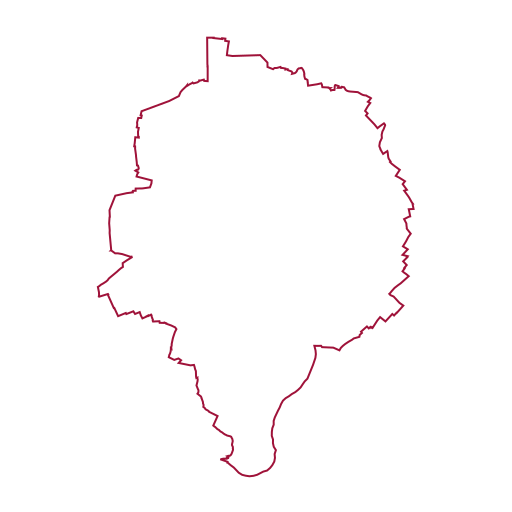 outline of Maastricht, Limburg, Netherlands, rotated 178°
{"feature_id": "6326949B62006643577312", "entity_name": "Maastricht", "entity_type": "district", "adm_level": 2, "iso_a3": "NLD", "parent_name": "Netherlands", "parent_adm1": "Limburg", "projection": "albers", "projection_center": [5.703, 50.858], "detail": "fine", "context": "isolated", "style": "outline", "palette": "rose", "viewbox_px": 512, "rotation_deg": 178, "n_neighbors": 0, "source": "geoboundaries", "source_scale": "gbopen_adm2", "svg_char_len": 6030}
<svg xmlns="http://www.w3.org/2000/svg" viewBox="0 0 512 512"><g transform="rotate(178 256 256)"><path d="M237.8,448.9L244.7,456.6L272.6,456.7L278.1,457.7L277.5,461.7L276.4,467.8L275.6,471.4L279.3,472.1L279.0,474.3L282.2,474.8L282.2,474.0L290.9,475.3L290.8,475.7L297.2,475.9L297.9,449.1L297.8,448.7L297.9,447.2L297.7,447.2L297.7,446.8L298.2,432.4L301.7,432.8L302.0,434.1L305.9,433.2L306.3,433.2L306.6,433.4L307.0,432.5L308.5,431.6L311.0,431.0L312.5,430.7L313.3,431.5L313.6,431.2L317.0,429.6L317.5,429.2L319.5,428.1L319.4,428.6L320.1,427.8L323.8,424.5L325.7,422.4L327.5,418.5L337.4,413.9L365.3,404.7L366.4,400.7L365.3,400.4L365.9,397.9L368.9,398.1L370.2,393.7L370.1,391.0L370.7,388.7L368.7,388.1L369.6,384.3L369.6,379.1L369.0,379.1L369.0,378.4L372.5,378.9L373.3,372.8L373.9,369.9L373.0,369.8L373.0,368.4L373.1,367.6L372.4,360.9L372.4,359.7L371.9,353.9L371.8,350.7L370.8,350.5L370.1,347.8L370.7,346.5L372.2,346.3L372.3,346.3L373.6,345.5L370.7,343.6L371.9,341.8L372.6,339.6L357.6,335.2L358.0,332.2L359.6,328.3L367.0,327.5L373.9,327.6L374.0,326.4L374.0,325.4L376.7,325.4L377.1,324.9L376.9,323.9L383.1,323.3L394.5,321.2L400.8,306.9L400.7,300.1L401.0,299.9L401.6,293.8L401.3,286.9L401.5,284.0L400.5,266.9L400.8,266.6L400.5,266.6L396.7,263.6L394.0,263.5L389.7,262.6L381.5,259.6L380.4,259.7L380.2,259.0L385.2,256.2L389.5,253.5L389.4,249.7L391.4,248.5L393.8,246.6L395.4,245.2L402.4,239.8L403.9,238.6L405.1,237.0L406.7,235.7L409.5,234.0L412.0,232.7L413.8,231.3L415.1,230.6L414.2,225.3L414.2,222.5L414.5,221.0L414.2,220.8L405.3,223.2L405.1,222.9L405.5,222.7L399.9,208.9L399.4,209.0L395.9,200.7L388.1,203.6L387.6,202.5L380.5,205.0L378.9,202.3L374.2,204.0L373.2,200.7L371.7,197.6L367.5,199.3L367.6,199.5L365.7,200.4L365.5,199.9L362.9,201.1L362.4,200.3L362.4,199.0L361.9,197.8L361.9,197.3L361.3,196.2L361.5,195.3L361.4,194.6L361.2,194.1L354.8,194.2L354.6,192.6L350.1,192.3L349.9,192.7L348.0,191.9L348.1,191.5L343.1,189.5L339.3,187.5L338.1,185.7L339.7,182.8L341.4,178.3L342.0,176.5L343.4,170.8L343.3,170.1L343.9,167.5L343.8,166.4L344.3,166.8L344.4,165.2L344.7,163.4L345.4,161.3L346.0,160.4L346.7,157.9L341.3,155.0L337.1,156.3L334.5,154.4L337.0,151.8L325.3,149.0L321.8,149.3L321.3,147.5L320.8,145.0L320.1,143.1L320.1,141.4L320.1,137.4L319.9,136.3L319.4,136.6L318.9,136.6L319.0,136.4L318.6,134.9L318.6,134.4L318.8,132.9L319.8,129.4L320.0,128.7L318.7,125.0L318.3,124.2L318.2,123.3L318.3,122.3L318.4,121.7L319.3,120.4L316.5,118.0L316.0,117.6L315.7,117.0L315.3,115.8L315.4,115.7L315.2,115.2L314.2,112.2L314.1,111.3L314.1,110.5L313.6,109.1L313.6,108.7L313.9,107.0L312.6,106.0L312.2,105.2L311.5,104.4L309.6,103.3L308.7,102.6L308.3,101.9L300.0,97.4L304.6,88.0L303.7,87.2L302.7,86.5L300.6,84.3L299.2,83.5L297.7,81.9L296.0,80.9L294.3,79.4L293.8,79.2L293.1,78.6L292.1,78.2L291.2,77.6L288.0,76.7L287.1,76.2L286.7,75.2L286.1,74.1L285.7,71.9L286.3,69.5L286.5,68.9L286.5,68.5L286.6,68.2L286.5,67.6L285.8,66.0L285.8,64.7L285.9,64.4L285.7,63.8L285.9,62.6L286.2,61.9L287.3,59.2L288.2,57.9L288.9,57.4L289.9,57.2L290.5,57.3L291.2,57.1L290.3,56.7L290.8,55.2L292.0,55.7L292.3,55.4L292.0,54.6L292.2,54.4L295.7,54.6L297.9,54.2L298.0,53.8L291.6,51.3L291.8,50.5L291.4,50.4L288.6,47.8L285.6,45.4L280.8,40.0L277.5,37.8L274.0,36.8L270.2,36.1L266.2,36.4L262.5,37.3L256.2,40.3L252.4,41.2L249.3,43.7L247.0,46.4L244.9,49.9L244.1,53.6L244.3,57.4L242.9,61.3L244.9,64.7L245.6,68.4L245.4,72.0L246.5,75.7L246.3,79.7L245.7,83.3L244.2,86.8L244.1,90.6L242.8,94.1L239.4,100.7L237.6,103.8L236.1,107.2L234.1,110.5L231.3,112.9L228.0,114.7L225.0,116.8L221.5,118.6L218.7,120.7L216.0,123.1L213.8,126.2L211.7,129.0L208.9,131.6L202.8,145.2L200.2,152.1L199.6,155.8L199.8,159.5L200.8,164.2L196.7,164.0L194.1,164.0L193.2,162.6L181.9,161.7L175.9,158.8L174.5,161.1L174.0,161.6L172.4,163.1L170.0,164.9L166.6,167.0L163.0,168.9L161.2,170.2L155.5,171.6L155.1,173.5L152.8,175.4L153.7,176.7L147.6,181.7L145.8,179.7L144.2,181.1L143.5,180.2L142.7,180.9L142.0,180.1L137.0,187.3L134.1,190.6L128.9,186.1L121.8,193.3L120.1,191.7L117.6,194.3L117.4,194.1L110.5,201.3L114.3,204.2L119.8,210.6L120.3,210.9L123.0,212.2L124.1,213.5L123.2,214.3L121.5,216.3L118.6,219.3L115.0,221.9L112.4,223.6L104.1,230.5L106.4,232.6L108.7,234.3L110.1,235.6L107.9,238.3L108.3,238.7L107.6,239.4L107.7,239.5L105.7,241.7L109.1,245.5L104.9,249.4L105.2,249.7L104.4,250.5L109.5,252.0L104.1,257.4L108.8,260.5L105.6,265.3L103.1,269.7L100.6,272.9L104.1,277.7L104.4,278.3L104.3,279.2L104.5,280.7L104.6,283.3L106.7,287.7L101.9,289.9L100.5,290.2L101.7,297.4L96.9,297.5L97.8,303.0L97.6,303.0L98.6,304.5L100.9,309.0L101.7,310.3L105.6,316.1L102.9,316.9L106.9,322.7L104.5,325.5L110.1,329.3L113.5,331.2L109.3,337.1L114.0,340.8L117.1,343.4L118.8,345.2L118.2,345.7L119.9,348.5L120.1,349.0L120.4,350.3L120.8,355.1L121.0,356.0L121.1,356.3L125.4,353.6L127.9,358.1L127.8,358.3L128.9,361.3L128.9,361.9L128.2,365.4L126.1,369.5L126.2,372.7L125.3,376.1L124.1,378.1L122.7,381.4L122.4,381.9L122.4,382.3L122.5,382.8L123.5,384.1L127.9,381.2L130.1,379.5L133.1,383.5L141.2,392.6L139.5,394.6L141.9,397.2L139.0,401.8L136.5,404.9L138.8,406.2L137.2,407.7L135.6,409.7L136.1,410.1L139.4,411.9L140.1,412.5L141.4,412.7L143.2,413.1L144.9,413.9L148.5,416.2L156.2,417.1L157.8,417.4L159.2,417.9L160.6,418.9L161.1,419.9L162.0,421.5L164.3,422.1L164.7,421.3L165.1,421.5L165.2,421.3L166.4,421.3L166.4,421.1L168.3,421.2L167.4,422.4L167.4,422.9L170.7,424.1L170.8,424.1L171.4,423.1L171.6,420.1L171.8,419.2L173.8,419.2L175.3,418.8L175.6,419.6L176.5,420.7L175.9,421.2L176.4,421.2L177.8,421.6L177.8,421.9L183.8,422.4L184.2,425.1L184.8,426.3L188.9,425.5L198.0,424.4L198.3,427.9L198.2,427.9L198.4,430.1L199.7,431.0L200.6,431.2L200.8,431.4L201.4,434.0L201.5,436.0L201.3,436.2L201.6,438.1L202.1,439.7L202.5,440.5L203.7,442.3L203.9,442.4L204.5,442.4L205.6,442.0L206.4,442.1L206.7,442.0L207.3,441.6L208.1,440.8L208.9,439.1L209.9,438.0L210.8,437.4L213.6,436.8L213.4,437.3L213.3,438.1L214.0,439.2L217.6,440.6L217.8,441.6L220.1,441.3L220.0,442.3L222.6,442.9L224.5,443.1L224.9,444.1L228.6,443.2L231.0,443.2L232.4,442.1L237.9,444.5L237.8,448.9Z" fill="none" stroke="#9f1239" stroke-width="2"/></g></svg>